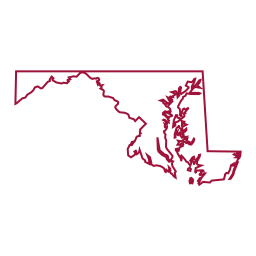 Maryland, Natural Earth projection
{"feature_id": "USA-3557", "entity_name": "Maryland", "entity_type": "State", "adm_level": 1, "iso_a3": "USA", "parent_name": "United States of America", "parent_adm1": "", "projection": "natural_earth1", "projection_center": [-76.6, 38.826], "detail": "fine", "context": "isolated", "style": "outline", "palette": "rose", "viewbox_px": 256, "rotation_deg": 0, "n_neighbors": 0, "source": "natural_earth", "source_scale": "10m", "svg_char_len": 5970}
<svg xmlns="http://www.w3.org/2000/svg" viewBox="0 0 256 256"><path d="M210.0,182.5L203.0,181.9L199.3,184.7L198.5,183.5L200.0,180.7L198.6,181.6L197.9,181.1L199.6,178.3L201.7,177.4L205.2,173.3L204.4,173.2L202.6,174.6L200.0,175.1L199.6,174.6L199.6,174.2L201.1,173.0L201.3,172.5L201.0,172.0L203.5,171.2L203.3,170.5L202.6,170.3L197.5,170.5L196.5,170.7L196.0,172.3L195.6,172.5L195.1,171.8L195.7,168.1L201.3,165.5L198.2,165.0L197.3,164.4L196.8,163.2L197.6,160.4L199.7,156.6L200.0,154.7L199.0,154.9L198.5,156.8L195.6,160.3L194.0,164.6L193.7,162.5L192.3,160.5L192.6,159.7L194.0,159.1L194.3,158.1L193.9,156.7L192.5,157.4L190.2,160.7L191.1,161.7L191.2,163.4L190.2,165.6L187.9,162.3L186.1,161.4L185.3,159.9L181.4,155.5L180.8,156.0L181.6,158.9L181.4,160.3L181.1,160.3L180.8,158.6L177.7,153.6L177.0,151.5L175.8,150.3L175.8,149.0L177.5,148.6L178.2,150.7L178.6,150.8L179.7,147.3L182.8,145.9L182.5,145.3L183.3,144.5L182.9,143.5L181.9,143.3L181.3,143.4L180.3,144.9L177.5,144.7L179.0,142.5L177.9,140.7L181.1,141.2L183.8,140.3L182.8,141.2L183.8,142.0L184.8,141.8L186.2,143.1L187.3,142.7L189.3,144.3L191.4,144.5L193.5,141.9L194.3,139.0L193.9,138.6L192.0,142.1L190.8,142.8L186.7,140.7L187.3,138.6L185.2,139.4L184.2,139.0L186.6,136.8L183.6,137.1L183.1,136.4L183.7,135.5L183.5,134.2L181.9,137.6L180.0,135.0L180.5,133.7L181.8,133.9L180.1,132.3L179.1,132.9L178.1,135.1L177.2,134.6L176.9,132.7L177.4,131.2L176.3,132.1L176.3,133.7L175.4,134.8L175.5,137.4L174.7,137.7L174.7,134.2L176.5,128.2L178.8,126.0L179.2,126.2L178.8,127.2L181.2,129.2L181.2,130.4L183.2,132.4L185.3,131.4L186.5,129.6L186.3,128.6L184.6,130.2L183.0,130.6L182.1,128.8L182.5,126.7L186.6,124.7L184.2,123.6L184.5,121.7L183.8,121.6L183.3,123.5L182.0,124.7L182.0,121.0L180.3,120.0L179.5,120.1L178.1,121.5L175.3,122.3L175.3,125.5L173.0,127.0L173.9,120.2L176.0,115.1L177.0,115.2L177.5,117.6L181.0,118.6L182.0,118.3L184.3,116.4L184.5,115.1L183.5,113.4L185.2,113.0L184.8,112.5L188.7,107.7L185.4,109.5L184.1,109.1L184.8,108.2L183.1,109.1L181.2,113.7L181.6,116.0L181.0,116.1L179.7,114.9L180.3,113.3L180.0,110.7L179.7,108.9L178.1,107.4L178.1,106.3L181.2,100.4L182.8,98.7L183.1,96.9L185.2,96.0L186.6,93.4L190.5,94.0L199.0,94.1L200.1,93.4L198.8,92.9L191.6,92.9L190.2,92.1L193.2,88.4L195.2,86.9L200.1,87.8L197.8,85.8L197.3,84.8L199.4,82.9L200.4,80.0L199.2,80.4L196.7,83.9L191.9,88.3L191.9,86.2L194.2,82.3L195.2,78.7L194.4,78.9L193.0,81.0L191.5,82.2L187.7,81.6L185.8,85.6L188.6,87.2L188.5,88.0L185.7,90.9L181.3,93.9L180.5,93.0L180.3,91.8L181.0,87.4L180.2,86.9L179.1,88.2L178.4,93.0L179.4,95.2L177.6,97.3L177.2,94.3L176.2,91.5L175.5,91.1L171.6,92.1L174.9,93.6L174.8,94.7L175.1,94.7L173.0,96.0L173.2,97.1L170.4,96.5L170.1,96.8L172.2,99.8L171.6,100.7L169.5,98.2L167.5,97.3L169.3,100.7L170.6,101.9L171.8,101.9L169.2,104.6L169.4,103.2L168.9,103.0L168.2,103.8L166.8,103.8L167.0,102.6L163.0,99.6L160.4,100.5L163.1,101.5L163.4,103.3L164.8,103.6L165.7,105.8L166.9,106.7L167.6,106.4L170.0,108.7L170.7,111.3L170.0,112.7L169.5,111.3L168.9,111.2L166.8,112.0L165.7,111.5L165.8,112.2L171.2,114.6L172.0,115.4L171.8,116.1L169.4,116.6L168.9,117.7L166.0,115.6L164.0,112.1L163.1,112.8L163.0,114.5L164.4,115.0L167.3,117.8L168.2,119.9L169.0,120.5L168.4,121.2L168.7,122.5L166.6,121.6L165.3,120.1L163.7,119.6L163.2,120.0L164.9,120.9L167.0,123.4L166.8,124.6L164.7,123.8L165.4,125.2L164.7,126.0L165.0,127.2L167.0,126.8L166.9,128.0L165.1,130.7L164.0,131.2L164.1,132.5L165.5,134.4L165.1,137.5L166.2,140.5L166.0,146.9L166.9,148.9L172.6,156.0L172.1,157.9L170.7,160.0L169.0,159.8L168.1,159.1L168.2,157.3L167.5,155.5L164.5,154.4L159.7,150.3L157.4,137.3L157.8,149.5L158.7,151.8L160.6,153.5L162.3,155.1L166.1,157.0L167.0,159.4L169.2,161.8L171.4,160.8L173.1,161.4L171.9,163.4L172.1,164.8L172.4,166.0L175.8,171.6L174.8,172.7L175.6,177.6L174.2,176.7L171.9,173.8L171.0,173.5L170.0,172.0L170.4,170.3L170.0,168.3L168.9,167.2L169.3,169.2L168.2,171.5L166.4,169.8L165.8,172.0L165.1,171.6L164.2,168.7L163.4,167.8L160.7,166.2L156.6,165.3L153.7,165.9L151.2,164.3L151.3,162.8L150.0,157.3L147.3,155.1L149.0,159.4L149.4,164.0L145.2,161.9L145.1,160.4L142.6,158.5L139.6,149.8L139.3,151.5L138.2,153.2L136.4,154.4L135.9,154.3L136.2,151.1L135.8,150.7L134.4,151.6L135.5,152.9L134.4,155.1L130.9,157.3L128.2,155.4L127.7,149.0L129.7,145.0L131.8,145.1L132.7,143.8L130.8,144.5L131.9,142.0L134.8,141.2L136.7,136.7L138.9,135.9L140.6,136.1L139.5,135.5L140.0,133.4L140.7,133.2L139.8,131.8L140.3,130.2L140.1,129.5L145.9,123.7L139.1,117.2L135.2,121.1L133.8,119.2L129.4,117.8L128.6,115.1L127.5,113.9L124.4,112.7L119.9,112.3L118.7,111.6L116.2,109.1L115.2,107.3L115.6,106.2L118.0,103.8L118.2,102.5L117.7,101.5L114.5,100.1L113.0,98.0L108.6,96.6L105.1,96.5L104.0,96.0L103.3,94.7L103.9,91.2L103.5,90.2L100.5,88.6L101.6,87.8L101.3,86.3L102.3,85.2L99.8,85.5L99.2,84.8L99.7,83.5L98.9,82.6L97.8,84.3L96.8,81.3L99.0,80.2L99.2,79.2L98.5,78.2L97.3,77.9L96.1,78.7L94.7,78.3L92.3,78.9L90.2,77.8L86.4,74.0L84.1,72.6L81.5,72.4L80.0,73.1L76.6,76.7L73.6,76.3L68.8,77.4L70.2,79.3L67.7,79.8L67.6,80.7L68.8,81.4L67.0,83.2L63.4,82.7L61.5,83.5L56.2,82.4L52.9,80.4L52.4,79.3L53.4,78.3L51.6,76.6L49.7,79.5L49.9,81.0L47.8,81.8L42.2,88.2L40.9,88.4L37.7,86.4L34.9,87.4L33.2,90.4L31.2,92.3L27.2,94.8L25.3,97.6L22.4,98.3L16.7,103.2L15.4,103.9L16.1,71.3L202.6,71.3L207.6,151.2L238.6,151.6L238.7,152.0L238.3,153.0L236.9,152.6L237.9,154.5L237.6,155.3L234.5,153.9L233.8,154.5L236.2,155.4L236.5,156.8L235.8,157.3L237.8,157.4L238.1,159.1L234.6,165.5L232.9,165.6L233.4,163.8L231.1,165.2L229.9,169.7L228.2,173.3L226.4,172.9L224.9,174.6L225.1,175.2L223.8,179.4L211.6,180.6L210.0,182.5ZM229.6,178.9L232.8,173.8L233.8,169.7L237.1,162.6L238.2,161.2L234.3,171.0L233.3,174.7L230.6,178.8L229.6,178.9ZM192.4,183.3L191.0,182.8L191.2,183.2L189.9,183.3L189.5,180.7L190.6,180.4L191.4,180.9L192.0,180.3L190.1,179.0L190.1,178.5L191.2,177.9L192.8,179.2L193.1,180.8L192.4,183.3ZM190.4,170.9L187.8,170.2L188.1,168.8L189.6,167.7L190.9,169.0L190.4,170.9ZM240.6,151.6L240.3,155.8L238.9,159.0L239.9,151.6L240.6,151.6Z" fill="none" stroke="#9f1239" stroke-width="2"/></svg>